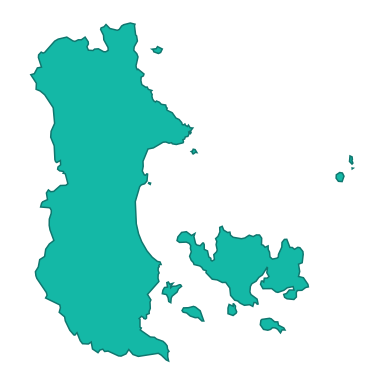 Nha Trang, Khánh Hòa, Vietnam (Robinson projection)
{"feature_id": "81297802B68033195953544", "entity_name": "Nha Trang", "entity_type": "district", "adm_level": 2, "iso_a3": "VNM", "parent_name": "Vietnam", "parent_adm1": "Khánh Hòa", "projection": "robinson", "projection_center": [109.244, 12.261], "detail": "fine", "context": "isolated", "style": "filled", "palette": "teal", "viewbox_px": 384, "rotation_deg": 0, "n_neighbors": 0, "source": "geoboundaries", "source_scale": "gbopen_adm2", "svg_char_len": 5974}
<svg xmlns="http://www.w3.org/2000/svg" viewBox="0 0 384 384"><path d="M168.6,361.0L167.7,356.8L167.8,352.4L169.0,351.4L167.6,349.2L167.1,345.8L165.2,343.3L163.0,341.3L156.6,339.0L154.5,337.3L150.3,337.0L140.2,329.9L141.3,328.0L140.0,327.1L140.0,319.4L139.1,318.6L141.4,316.3L143.6,317.5L143.8,318.5L145.5,319.0L146.5,318.1L146.5,314.6L149.2,313.5L149.1,311.5L150.3,308.4L150.0,302.1L150.9,299.9L147.5,294.4L158.9,281.5L158.0,278.2L158.2,274.4L159.1,273.0L158.1,270.4L158.3,267.6L159.2,266.8L158.8,265.6L159.5,264.6L161.1,264.5L160.1,262.0L157.4,261.4L152.2,257.2L147.0,250.9L141.7,241.7L138.6,233.9L136.3,223.8L135.3,201.6L139.7,186.6L141.4,184.8L144.6,183.8L147.0,181.0L147.6,174.1L146.9,173.8L145.5,175.2L144.3,174.9L142.3,171.0L143.2,166.3L143.0,161.3L148.0,149.0L153.4,147.9L163.1,142.2L165.9,142.0L169.0,143.2L171.6,142.7L172.3,143.8L176.3,144.5L183.0,142.8L183.5,141.9L182.9,139.7L184.6,139.0L185.3,136.9L187.9,136.4L189.0,134.0L188.8,132.5L190.2,133.7L190.8,132.7L189.7,132.3L189.7,131.5L190.9,132.1L190.6,131.0L192.8,128.0L190.2,127.8L188.4,125.1L187.5,126.5L185.5,125.4L184.9,124.0L183.5,124.9L182.3,124.6L181.7,122.6L179.1,119.5L175.9,118.0L172.3,112.8L167.2,110.3L166.7,109.3L167.2,108.1L166.3,107.5L165.7,105.0L161.3,104.3L159.4,102.2L156.5,101.0L155.5,102.0L154.0,101.1L152.6,99.1L151.9,96.1L152.2,94.5L150.7,91.7L151.9,90.5L148.4,89.4L147.1,87.0L145.8,87.3L141.8,84.6L140.9,80.5L141.2,77.1L143.4,75.9L144.0,74.0L138.0,69.1L137.2,69.6L136.4,67.9L136.0,65.8L138.0,56.9L136.8,53.7L133.8,50.4L134.2,46.8L137.4,41.0L136.6,35.9L135.6,34.8L134.5,25.8L135.0,24.2L130.3,23.0L123.7,24.7L121.6,26.0L119.3,29.4L117.3,30.3L109.9,28.5L106.0,24.5L104.0,26.8L101.1,27.9L100.6,29.4L103.5,35.3L103.8,39.8L108.1,47.6L108.1,50.4L105.7,51.8L103.6,51.7L98.4,48.8L94.6,49.1L93.0,50.5L88.4,50.2L86.9,46.7L88.4,44.0L88.2,41.8L85.1,37.1L81.3,39.8L78.3,39.8L75.0,41.4L72.9,40.9L66.8,37.1L58.2,39.1L54.7,41.1L44.7,52.4L43.1,53.1L41.2,52.1L38.6,54.9L38.4,57.5L41.5,67.1L37.4,67.9L34.3,73.7L30.8,74.7L36.4,83.3L36.1,89.3L40.2,91.0L44.7,94.8L53.2,107.7L54.6,123.4L51.1,131.3L50.7,137.2L54.2,145.8L54.9,159.7L55.6,161.7L56.8,162.5L60.4,160.5L60.6,164.8L58.0,167.0L57.6,169.2L59.7,170.9L63.2,171.4L63.8,172.1L63.1,173.2L65.3,173.8L67.9,183.7L65.8,185.3L60.4,185.5L53.7,191.4L50.7,191.7L48.4,189.9L46.4,193.0L47.5,199.6L42.7,201.8L41.6,203.2L40.6,207.0L49.0,207.7L50.1,208.1L51.3,210.4L51.2,213.3L49.3,219.1L49.2,225.4L50.0,229.9L53.9,240.5L49.4,243.9L45.7,249.2L44.6,256.5L39.7,259.6L38.3,267.0L35.4,271.7L35.9,275.8L36.9,278.5L46.4,292.6L47.1,295.3L45.6,298.0L59.8,304.9L60.4,307.8L59.2,312.3L64.6,316.8L65.3,320.9L69.8,330.2L73.8,334.9L74.9,335.1L77.0,332.7L80.2,340.7L82.5,343.7L88.4,344.0L91.2,342.0L92.5,349.0L98.0,352.7L100.0,350.0L102.8,349.2L104.6,351.5L108.1,351.1L118.5,355.9L121.1,356.1L126.0,353.9L128.8,349.5L133.0,354.5L138.3,356.4L158.3,353.3L161.4,355.2L166.2,359.9L168.6,361.0ZM227.6,232.5L223.7,230.1L222.2,226.3L219.7,227.4L219.9,231.9L218.0,236.4L215.6,238.6L216.8,241.4L216.1,244.7L217.2,250.0L216.5,251.9L213.8,254.6L214.4,259.6L212.1,261.0L211.0,260.3L210.8,258.3L208.8,256.9L207.5,250.9L204.3,249.4L204.2,244.6L203.5,243.0L202.7,243.0L200.2,245.7L197.1,245.1L195.6,243.7L193.9,236.5L194.9,233.5L191.5,235.5L186.4,231.7L181.6,232.4L177.9,236.9L177.0,240.6L179.5,242.4L186.3,242.1L189.2,243.4L190.7,245.7L190.4,248.5L191.3,251.8L189.6,256.3L191.2,260.3L193.3,262.5L194.0,264.5L199.7,265.9L201.7,267.3L203.3,269.8L206.3,270.7L206.0,272.7L212.2,279.2L217.2,279.9L222.3,282.5L225.7,282.4L229.8,288.0L230.6,295.4L234.7,300.2L237.6,300.9L240.2,303.2L244.4,305.3L249.5,304.7L252.8,306.4L254.0,302.5L255.8,302.6L257.2,304.2L258.1,304.0L257.1,299.1L250.9,294.5L249.9,291.8L250.4,286.4L251.9,283.7L256.1,281.2L258.8,277.4L262.4,274.9L267.0,267.4L267.5,267.8L266.8,272.8L269.0,276.5L267.3,278.1L264.3,278.2L263.7,282.0L262.3,280.9L261.4,281.1L260.5,284.3L263.0,288.7L271.7,288.6L275.9,291.9L277.9,292.4L283.9,290.3L287.4,287.7L293.1,286.6L294.0,290.0L289.3,290.0L286.5,293.5L283.7,294.4L284.6,297.3L287.0,298.8L293.9,299.5L296.4,297.0L296.3,292.4L297.4,290.5L301.9,290.3L305.7,287.5L308.4,286.9L307.9,284.3L303.4,277.7L298.5,276.5L299.7,271.5L298.5,264.2L302.2,262.7L303.2,254.4L302.9,251.5L299.9,247.7L297.8,247.3L294.5,249.3L292.3,247.5L289.9,247.4L286.8,239.3L284.4,239.4L282.0,242.4L281.8,247.1L278.5,254.3L278.3,257.1L276.8,258.2L272.4,259.1L270.0,256.9L269.5,252.1L268.2,249.5L268.1,245.9L265.0,247.3L263.3,245.3L261.5,244.6L261.7,238.2L259.5,235.0L256.4,234.9L253.2,236.6L249.2,235.2L244.8,238.0L241.4,238.7L233.2,237.3L230.6,235.3L229.9,232.1L227.6,232.5ZM269.5,318.3L261.9,319.4L260.9,320.3L260.3,324.8L263.5,329.4L267.8,330.2L270.6,329.4L272.5,327.7L275.3,327.9L277.6,329.2L280.5,332.9L282.1,329.9L285.0,330.0L283.8,327.9L278.5,325.2L277.8,321.9L274.6,321.8L271.2,318.8L269.5,318.3ZM169.7,284.2L168.4,282.0L166.8,282.6L167.5,287.1L164.5,287.5L162.9,290.3L162.3,293.7L166.5,294.6L168.1,297.7L168.7,301.5L170.8,302.7L171.2,298.2L172.1,296.2L177.0,292.2L178.5,288.8L181.6,286.3L180.6,284.8L179.4,284.7L176.1,286.1L172.4,286.3L170.7,287.8L170.7,286.1L172.9,283.3L169.7,284.2ZM195.5,307.1L193.5,306.4L188.5,307.7L183.5,307.9L182.0,310.6L183.2,312.2L186.6,312.9L190.2,316.0L195.2,317.7L198.1,317.5L201.9,321.0L203.8,321.0L200.2,310.8L195.5,307.1ZM235.5,306.1L233.7,303.8L233.1,304.0L233.2,306.3L229.1,304.4L228.0,308.0L228.0,313.7L233.1,315.5L236.2,313.1L236.7,311.8L235.3,308.4L235.5,306.1ZM339.7,172.5L336.3,174.8L336.1,178.2L338.4,181.3L342.1,181.6L344.0,176.2L342.4,173.0L339.7,172.5ZM162.3,49.0L157.5,46.6L156.2,48.7L152.0,49.2L153.2,50.0L153.8,51.8L158.4,53.5L160.6,52.5L162.3,49.0ZM352.0,164.1L352.9,163.1L351.9,160.3L352.4,159.5L352.1,156.9L350.0,155.9L349.5,161.5L352.0,164.1ZM195.1,149.6L193.2,149.2L192.5,150.9L191.2,151.5L192.3,152.3L192.6,153.7L193.4,153.9L195.3,152.4L196.9,152.6L195.1,149.6ZM150.2,184.4L150.6,183.1L148.8,182.6L148.5,183.4L150.2,184.4ZM352.2,168.9L353.2,168.2L352.1,168.0L352.2,168.9Z" fill="#14b8a6" stroke="#0f766e" stroke-width="1.5"/></svg>